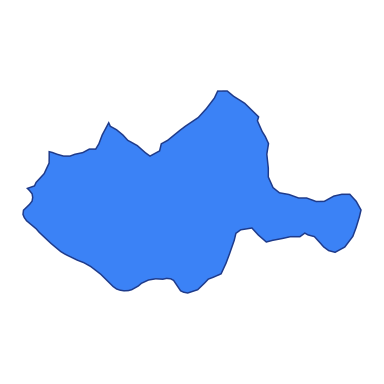 Songwon, Chagang-do, North Korea (orthographic projection)
{"feature_id": "82179303B48656719864416", "entity_name": "Songwon", "entity_type": "district", "adm_level": 2, "iso_a3": "PRK", "parent_name": "North Korea", "parent_adm1": "Chagang-do", "projection": "orthographic", "projection_center": [125.927, 40.373], "detail": "fine", "context": "isolated", "style": "filled", "palette": "blue", "viewbox_px": 384, "rotation_deg": 0, "n_neighbors": 0, "source": "geoboundaries", "source_scale": "gbopen_adm2", "svg_char_len": 1615}
<svg xmlns="http://www.w3.org/2000/svg" viewBox="0 0 384 384"><path d="M299.9,236.7L304.8,233.1L308.0,234.9L314.4,236.6L320.8,243.6L322.3,245.4L323.9,247.1L328.7,250.6L335.1,252.3L344.8,247.0L352.8,236.4L356.1,227.6L359.3,217.1L361.0,210.0L356.2,201.3L349.8,194.3L341.8,194.3L333.8,196.1L324.2,201.4L316.1,201.5L306.6,198.0L298.6,198.0L289.0,194.5L279.4,192.8L273.0,187.6L268.3,177.0L268.3,168.2L266.8,154.2L268.5,143.6L265.3,136.6L262.1,131.4L257.4,120.8L258.6,116.9L244.7,103.3L233.6,96.3L227.2,91.0L217.7,91.1L214.4,98.1L206.3,108.7L198.3,117.5L185.4,126.2L180.6,129.8L174.2,135.0L167.7,140.3L161.3,143.8L159.6,150.9L150.0,156.1L145.2,152.6L137.3,145.6L127.7,140.3L123.0,135.1L116.6,129.8L110.3,126.3L108.7,122.8L102.2,135.0L98.9,143.8L95.7,149.1L89.3,149.1L82.8,152.6L74.8,154.3L70.0,156.1L63.6,156.1L57.2,154.3L52.4,152.5L49.2,151.7L49.2,154.3L49.2,157.8L49.1,163.1L45.8,170.1L44.2,173.6L41.0,177.1L36.1,182.4L34.5,185.9L27.4,188.4L29.5,190.5L32.1,193.8L32.7,197.4L32.1,201.1L29.6,204.3L23.5,210.2L23.0,214.4L24.3,217.6L26.6,220.8L36.3,228.9L39.1,232.2L51.1,243.5L60.8,251.6L64.6,253.9L67.1,255.2L77.4,260.2L83.9,262.7L90.7,266.5L100.7,274.2L113.1,286.5L116.6,289.0L120.2,290.2L124.0,290.8L128.4,290.6L131.7,289.7L138.3,286.0L141.4,283.3L148.5,280.0L155.7,278.8L162.8,279.2L166.6,278.4L170.7,278.8L173.6,280.4L180.6,290.8L183.6,292.2L187.7,293.0L197.7,289.7L205.0,282.6L208.3,279.1L213.1,277.3L221.1,273.8L226.0,263.2L229.3,254.4L234.2,240.4L235.9,233.3L240.7,229.8L251.9,228.0L258.3,235.0L266.3,242.0L272.7,240.3L282.3,238.5L290.3,236.7L299.9,236.7Z" fill="#3b82f6" stroke="#1e3a8a" stroke-width="1.5"/></svg>